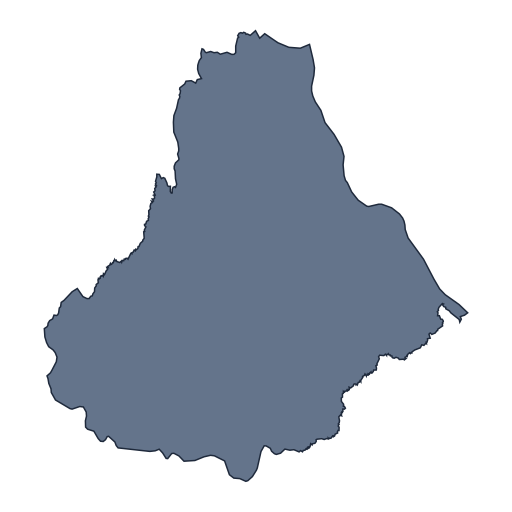 the district of Don Tan, Mukdahan, Thailand
{"feature_id": "78962969B20953711752663", "entity_name": "Don Tan", "entity_type": "district", "adm_level": 2, "iso_a3": "THA", "parent_name": "Thailand", "parent_adm1": "Mukdahan", "projection": "equal_earth", "projection_center": [104.826, 16.311], "detail": "fine", "context": "isolated", "style": "filled", "palette": "slate", "viewbox_px": 512, "rotation_deg": 0, "n_neighbors": 0, "source": "geoboundaries", "source_scale": "gbopen_adm2", "svg_char_len": 6017}
<svg xmlns="http://www.w3.org/2000/svg" viewBox="0 0 512 512"><path d="M467.7,312.8L459.0,304.5L445.2,294.7L439.7,289.0L433.9,279.1L423.5,259.2L408.1,238.0L405.2,229.5L404.9,225.0L404.0,221.1L402.6,218.0L399.5,214.0L391.6,207.8L381.6,204.2L378.7,204.2L368.8,206.5L366.8,206.2L358.2,200.2L351.7,192.0L347.3,182.6L345.5,180.4L344.1,175.7L343.1,164.9L344.0,156.4L341.5,147.2L334.0,134.3L325.0,122.6L320.9,110.4L315.3,101.9L312.8,96.0L311.6,91.0L311.6,86.1L313.9,75.3L314.5,67.9L313.1,59.6L309.5,44.4L300.3,48.2L288.8,47.3L277.8,42.7L264.7,33.7L259.7,38.2L255.5,30.7L250.2,35.4L247.5,34.0L246.0,34.3L245.6,33.1L243.7,32.3L242.4,33.2L240.9,32.6L239.1,33.3L237.7,35.7L238.7,37.2L237.6,38.1L235.7,46.1L235.7,52.7L234.1,54.3L231.8,54.4L227.0,52.3L220.3,54.2L217.3,52.3L214.0,52.7L210.7,51.5L206.3,52.7L205.3,52.2L203.5,49.4L202.0,48.8L200.9,53.4L201.4,57.6L199.3,60.5L198.5,62.8L197.8,65.2L197.6,69.2L198.7,73.5L201.5,78.6L197.3,79.6L195.7,83.1L191.3,80.7L186.0,81.2L184.7,84.0L179.9,87.8L179.6,89.3L180.5,90.7L180.1,93.6L179.2,95.0L179.8,96.3L179.5,98.2L178.5,99.6L176.6,108.3L173.9,115.6L173.4,122.2L173.8,132.1L177.8,142.1L178.7,148.4L178.7,151.0L177.6,154.0L178.9,158.5L178.8,159.8L175.5,162.9L174.2,166.2L174.2,168.8L175.1,171.0L175.5,178.8L176.7,184.3L175.5,187.4L174.6,186.7L173.1,187.3L172.2,189.7L172.2,192.9L171.3,193.1L170.3,191.5L170.4,186.3L168.4,186.4L167.5,185.5L166.9,182.9L164.8,178.3L163.3,177.6L161.4,178.6L159.3,174.4L156.8,174.2L156.8,176.9L155.5,181.4L156.3,182.8L155.4,184.0L156.4,185.6L155.4,185.9L156.1,186.9L154.7,188.5L155.1,190.8L153.7,192.0L154.9,194.5L153.7,195.1L154.9,195.6L154.3,196.2L154.6,198.0L153.8,199.0L152.2,199.0L153.5,201.0L152.7,201.8L151.6,201.3L152.3,202.6L150.9,203.4L150.1,206.3L150.5,208.7L148.7,210.7L148.9,214.8L148.3,216.1L149.0,216.9L148.2,218.7L148.4,220.4L146.6,221.3L145.8,223.9L144.5,224.4L144.6,225.6L145.9,226.9L144.3,230.1L144.7,231.5L143.7,231.8L144.2,238.3L142.8,240.1L142.7,241.2L140.3,243.3L139.0,246.5L138.1,246.6L137.8,248.6L136.3,249.7L135.7,249.3L135.4,250.8L134.2,250.0L133.1,252.2L131.7,252.8L131.9,253.7L130.8,253.4L128.0,259.2L127.1,258.2L125.5,258.5L125.4,259.3L124.2,259.1L123.7,260.7L122.2,260.4L121.7,262.1L121.3,261.1L119.7,262.5L116.8,261.5L116.2,260.2L115.6,260.7L114.8,259.7L114.8,260.6L113.9,260.5L113.3,262.7L112.6,262.6L111.6,264.3L110.9,264.5L110.4,263.5L109.7,265.2L107.6,266.5L108.2,267.6L106.8,267.5L107.6,269.3L106.2,270.8L104.5,274.6L103.5,273.7L103.3,275.9L102.9,275.2L101.9,276.2L101.2,275.7L100.3,276.7L100.1,278.3L98.6,278.3L98.8,279.3L98.1,279.3L98.0,280.2L98.3,282.8L96.2,284.5L96.2,285.9L94.7,288.0L94.5,291.7L92.9,293.8L92.3,295.8L90.7,296.3L89.2,298.5L87.0,298.6L82.9,296.6L77.3,288.5L72.2,291.7L64.0,300.4L61.2,302.4L60.6,306.7L59.3,308.0L58.6,313.0L57.7,314.8L56.6,315.5L54.0,315.1L52.6,318.9L49.7,320.6L48.1,323.2L47.8,325.6L47.0,326.8L44.3,328.6L44.9,337.0L46.6,342.6L48.7,346.7L53.1,349.9L55.2,352.6L57.0,357.1L56.3,361.8L51.9,370.3L50.4,372.9L47.0,375.9L48.0,378.6L48.8,383.4L51.0,388.8L51.3,392.5L55.5,400.0L70.0,408.6L72.1,409.1L79.8,406.5L83.4,407.0L86.2,412.0L86.5,416.1L85.4,420.8L85.6,427.1L87.6,429.2L93.9,431.2L98.2,438.6L100.5,441.2L103.2,441.5L105.5,439.7L107.2,436.6L108.6,436.3L114.9,442.0L116.2,445.5L118.1,447.9L149.8,451.4L155.2,450.8L159.2,449.2L162.7,453.0L166.1,458.4L167.7,458.6L171.7,453.5L173.9,453.3L178.9,455.9L184.0,461.2L194.9,460.5L204.0,456.8L210.5,455.3L214.4,455.8L224.6,460.9L229.4,474.7L233.8,478.1L239.8,478.6L245.8,481.3L247.8,480.7L252.4,476.6L256.4,470.2L257.3,468.0L261.0,451.5L264.2,445.8L266.1,445.9L270.3,448.3L271.6,451.2L274.4,453.7L276.3,454.4L280.6,453.2L284.9,449.1L289.9,450.2L293.9,449.7L299.1,451.9L300.6,450.6L302.5,451.8L303.2,450.5L305.1,450.1L306.0,448.8L306.7,449.2L307.1,448.2L307.6,448.8L308.2,448.1L307.6,447.8L308.0,446.9L308.9,446.8L309.2,447.8L310.0,446.8L310.7,443.7L312.1,444.9L312.4,443.8L314.9,443.3L316.2,441.5L316.1,439.7L317.0,439.2L321.7,438.7L324.2,439.5L326.5,438.6L328.0,438.9L328.1,437.9L328.9,438.8L329.4,438.2L330.9,438.3L332.8,435.7L333.6,435.8L333.6,436.6L334.6,436.0L335.1,434.2L337.6,433.0L337.4,431.9L338.1,430.4L339.0,430.5L339.1,427.1L338.3,426.4L338.4,424.9L339.0,424.6L338.4,423.7L339.2,422.8L339.5,420.8L338.8,416.8L339.9,415.5L341.6,415.8L340.9,414.4L341.6,414.0L341.4,412.7L342.3,412.5L342.0,411.7L342.9,411.4L342.8,409.1L344.5,409.1L345.4,408.2L344.4,406.4L343.4,406.3L343.6,404.3L341.4,401.4L341.3,398.0L342.5,397.1L342.4,393.9L343.3,393.3L343.4,391.7L343.9,392.4L344.5,392.2L344.4,391.3L346.7,391.0L346.9,390.2L347.4,390.8L347.9,389.7L348.5,390.3L349.3,389.6L349.1,387.2L350.6,388.0L353.4,385.8L353.7,384.3L354.9,383.9L356.0,384.2L356.1,384.9L357.1,384.2L357.4,384.7L358.2,382.5L359.2,382.3L360.0,380.8L360.8,381.8L360.8,380.4L362.9,377.1L362.6,376.4L364.3,375.5L365.0,374.0L366.2,375.8L366.2,375.1L367.9,375.1L367.6,374.3L368.3,374.4L368.3,373.7L369.4,374.2L369.8,372.8L371.0,371.9L371.1,373.0L371.9,373.1L373.3,371.5L373.6,370.1L376.3,370.0L376.5,368.1L375.9,365.7L377.2,365.0L376.9,363.8L379.3,358.8L378.6,356.7L379.7,355.2L383.8,355.6L385.4,354.2L386.3,355.2L386.2,354.5L387.6,354.6L388.3,353.7L389.0,354.9L390.0,355.1L390.3,354.4L390.4,355.9L391.9,356.0L392.1,357.3L392.8,357.9L394.3,358.2L396.0,357.3L398.3,358.1L399.3,359.5L403.6,359.2L404.3,359.9L405.8,358.7L405.1,358.6L405.0,357.3L406.6,356.7L406.8,355.9L407.2,356.3L407.7,354.4L409.5,352.7L410.3,353.6L411.1,352.7L411.8,353.0L412.0,351.9L414.7,350.0L420.3,347.8L421.8,344.8L423.9,345.4L425.9,343.2L426.4,343.6L426.2,342.2L426.9,342.3L427.6,340.2L427.5,338.7L430.2,338.2L429.0,334.2L429.5,333.4L430.4,333.1L431.8,334.4L435.2,333.0L436.9,330.7L437.6,330.6L437.8,329.2L442.6,325.9L442.3,324.2L442.8,323.5L442.5,322.5L443.3,321.7L443.1,320.5L442.1,319.2L440.7,319.2L439.4,315.7L437.6,315.7L438.0,312.8L437.3,311.8L438.5,310.3L438.2,309.4L438.9,307.4L442.4,303.5L443.5,304.0L442.5,304.7L443.8,306.6L445.7,307.3L445.8,308.8L449.3,310.8L450.8,312.8L459.2,319.5L459.8,322.1L461.3,319.2L460.3,316.6L464.5,315.2L467.7,312.8Z" fill="#64748b" stroke="#1e293b" stroke-width="1.5"/></svg>